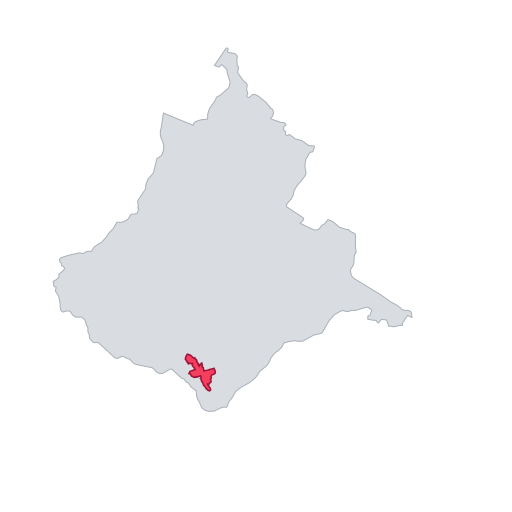 Businga, Équateur, Democratic Republic of the Congo shown in context, rotated 212°
{"feature_id": "63176286B10859728267394", "entity_name": "Businga", "entity_type": "district", "adm_level": 2, "iso_a3": "COD", "parent_name": "Democratic Republic of the Congo", "parent_adm1": "Équateur", "projection": "orthographic", "projection_center": [21.02, 3.443], "detail": "fine", "context": "in_parent", "style": "filled", "palette": "rose", "viewbox_px": 512, "rotation_deg": 212, "n_neighbors": 0, "source": "geoboundaries", "source_scale": "gbopen_adm2", "svg_char_len": 8469}
<svg xmlns="http://www.w3.org/2000/svg" viewBox="0 0 512 512"><g transform="rotate(212 256 256)"><path d="M410.3,328.2L378.6,333.5L379.2,335.2L378.9,337.1L378.0,338.6L374.7,342.5L369.9,346.1L369.9,347.0L372.2,350.9L373.6,356.4L373.0,366.0L373.5,368.6L373.4,370.6L371.7,372.8L368.2,384.4L370.2,389.9L376.3,395.0L379.8,398.8L385.9,400.1L386.8,399.9L387.3,396.7L392.2,395.5L391.5,415.8L391.1,416.9L390.2,417.2L389.1,416.6L388.8,414.6L387.5,413.8L381.5,416.4L380.0,416.3L378.4,415.9L377.2,414.9L376.9,413.3L372.9,407.5L370.9,407.1L368.7,401.7L359.4,397.9L355.8,397.6L354.0,396.4L352.2,392.2L349.1,389.5L348.5,386.5L347.9,386.1L345.9,386.7L344.2,391.5L342.0,392.6L338.2,392.8L328.5,391.5L321.6,389.0L319.8,389.2L317.1,387.0L316.0,383.4L316.7,380.5L316.2,380.1L305.5,382.5L303.0,384.0L300.6,383.6L299.9,382.9L300.9,380.9L300.4,378.8L299.7,377.8L296.5,377.0L295.6,374.8L293.7,374.4L293.0,374.8L292.5,376.3L291.4,376.8L285.0,376.1L278.4,378.1L269.6,377.6L265.4,380.0L264.8,380.0L263.9,378.7L263.1,374.9L263.5,373.8L264.8,373.0L265.3,371.5L264.9,367.4L265.2,366.5L264.8,364.1L263.4,360.4L261.6,357.4L257.6,352.9L256.9,350.7L257.2,345.6L258.5,337.6L258.3,331.5L256.7,327.6L256.4,323.4L257.4,315.8L256.4,314.0L236.1,313.4L235.2,312.8L234.9,311.7L235.8,307.2L223.4,308.4L219.7,309.2L217.4,311.1L216.7,313.4L216.6,316.7L214.8,319.8L214.2,325.1L210.8,325.7L207.4,325.7L200.8,324.6L194.4,326.1L191.3,327.5L189.6,326.8L183.9,327.3L183.1,326.9L176.5,316.4L173.5,312.9L172.9,311.2L173.1,309.5L172.3,307.3L169.2,301.9L168.6,299.4L168.7,295.4L168.4,294.1L165.6,290.7L163.7,289.5L161.7,288.9L128.7,289.2L117.7,288.5L109.8,288.9L105.8,288.5L104.7,288.0L101.0,288.7L99.1,290.1L96.3,290.9L94.5,290.5L91.1,286.6L95.7,285.9L96.0,285.5L96.2,276.1L95.0,274.8L97.5,273.2L101.4,269.1L105.3,267.6L105.8,266.8L106.7,266.8L108.1,268.6L111.5,270.9L115.7,268.9L116.1,268.4L116.6,264.3L117.7,264.0L119.5,264.9L120.5,264.9L122.3,263.7L127.7,261.7L129.3,264.3L127.9,266.7L128.5,268.3L128.7,270.9L129.6,271.5L133.8,271.8L135.0,271.2L143.4,262.0L145.6,260.9L149.1,257.2L153.8,255.6L155.8,252.7L158.5,247.5L159.7,240.0L159.2,226.9L159.6,225.2L165.3,219.3L171.1,208.7L175.1,205.9L178.1,204.8L182.7,200.9L186.3,197.0L185.8,192.3L186.7,188.4L188.7,183.4L189.3,178.1L188.6,172.5L188.9,168.0L191.6,160.7L191.9,152.4L194.3,145.4L199.2,136.5L201.5,129.9L201.1,123.4L201.7,118.6L201.5,115.8L200.6,113.3L201.1,111.8L202.9,111.1L205.2,108.7L209.3,102.3L213.8,99.2L216.9,98.2L220.1,98.3L222.2,98.9L225.6,101.4L229.4,103.4L232.3,105.9L235.2,109.8L242.1,110.6L245.1,112.1L246.9,112.6L247.5,112.2L249.0,112.4L252.2,113.6L254.8,112.9L267.6,115.5L269.1,114.2L272.6,107.5L275.3,105.2L279.6,105.0L283.1,106.2L284.9,106.2L300.5,100.4L302.5,100.1L308.2,101.5L311.9,100.6L313.4,100.8L316.6,99.8L319.2,95.8L321.4,94.8L343.8,99.0L347.2,96.9L348.8,96.6L353.8,98.1L355.4,100.6L358.4,102.7L360.6,106.2L363.9,108.1L365.6,110.0L367.6,111.3L371.6,111.7L376.8,108.5L380.4,108.8L384.1,110.5L385.4,110.4L388.1,108.5L389.5,106.5L390.9,106.1L393.1,106.9L394.9,108.8L396.5,111.4L402.1,117.4L407.5,119.9L408.9,123.6L410.8,123.2L411.8,123.5L413.2,125.9L414.2,126.3L414.4,127.3L413.1,129.5L411.9,133.7L413.6,136.3L412.2,140.0L411.5,143.9L413.3,144.9L415.5,144.8L417.6,146.8L419.2,147.1L420.9,149.2L420.6,151.0L415.3,157.3L407.3,165.2L404.6,166.1L403.2,167.6L402.3,169.8L399.9,171.8L398.1,172.6L398.0,178.1L395.3,184.0L394.3,185.1L392.8,194.6L393.1,196.2L391.6,203.9L391.8,211.0L387.9,213.3L385.2,216.8L384.1,219.3L384.1,225.1L379.6,228.7L379.3,229.5L380.4,233.6L382.0,234.2L382.0,235.6L385.6,240.0L385.2,253.5L385.4,254.8L387.2,258.0L388.4,264.1L387.0,271.8L391.6,286.0L389.4,291.2L390.3,296.2L393.1,301.4L399.8,306.4L401.6,308.5L403.3,311.3L404.8,315.7L410.3,328.2Z" fill="#d9dde1" stroke="#a8b0b8" stroke-width="1"/><path d="M224.1,116.8L224.0,117.0L223.9,117.1L223.8,117.5L223.6,117.9L223.5,118.2L223.6,118.4L223.6,118.5L224.4,119.3L225.2,119.9L225.4,120.0L225.9,120.1L226.5,120.4L227.2,120.6L227.3,120.7L227.4,120.9L227.5,120.9L227.9,121.1L228.0,121.2L228.4,121.2L228.9,121.3L229.0,121.4L229.2,121.6L229.3,121.8L228.8,122.0L227.9,122.5L227.9,122.9L227.8,123.1L227.9,123.3L227.8,123.5L227.8,123.9L228.1,124.1L227.7,124.9L227.5,125.1L227.4,125.4L227.4,125.5L227.5,125.7L227.7,126.0L227.9,126.2L228.6,126.7L229.1,127.0L229.3,127.2L229.4,127.3L229.4,127.6L229.1,128.1L229.1,128.3L229.2,128.6L229.3,128.8L229.4,129.1L229.8,129.4L230.2,129.7L230.4,130.0L230.3,130.7L230.5,131.2L230.4,131.8L230.4,132.0L229.8,132.5L229.5,132.8L229.4,132.9L229.3,133.2L228.9,133.8L228.6,134.5L228.5,134.8L228.6,135.1L228.9,135.4L229.0,135.7L229.1,136.0L229.3,136.6L229.5,136.7L230.0,137.0L230.3,137.3L231.1,137.9L231.3,138.0L231.9,138.3L232.1,138.5L232.3,138.3L232.6,137.9L234.0,136.4L235.1,135.3L235.8,134.5L236.4,133.7L236.7,133.3L237.7,132.4L238.2,132.0L238.4,131.8L238.5,131.7L238.8,131.6L238.8,131.3L238.9,131.2L239.0,131.3L239.2,131.1L239.3,131.0L239.5,131.0L239.6,131.3L239.8,131.4L239.9,131.7L240.1,131.9L240.3,132.1L240.9,132.4L241.0,132.6L241.3,133.1L241.6,133.3L241.7,133.5L241.9,133.6L242.0,133.6L242.3,133.4L242.5,133.3L243.5,134.2L243.6,134.3L243.6,134.5L243.6,135.0L245.2,136.5L245.4,136.6L245.5,136.5L245.6,134.6L245.6,134.0L245.8,133.6L245.8,132.8L245.8,132.4L246.0,132.5L246.3,132.7L246.5,132.8L246.6,133.0L247.1,133.2L247.1,133.3L247.2,133.2L247.3,133.4L247.5,133.4L247.7,133.6L247.8,133.7L247.9,133.9L248.0,134.1L248.3,134.0L248.5,134.3L248.7,134.5L248.8,134.5L249.0,134.5L249.3,134.8L249.7,135.0L249.9,134.9L250.0,134.9L250.0,135.1L250.5,135.3L250.4,135.4L250.5,135.6L250.7,135.8L250.8,135.8L251.1,136.2L251.3,136.1L251.5,136.2L251.6,136.4L251.8,136.4L252.0,136.5L252.3,136.5L252.6,136.6L252.8,136.6L253.0,136.7L253.2,136.8L253.5,136.7L253.6,136.8L253.6,136.7L253.8,136.8L253.8,136.7L254.0,136.6L254.3,136.6L254.6,136.7L254.8,136.7L255.0,136.6L255.5,136.6L255.9,136.4L255.9,136.5L256.5,136.6L257.0,136.8L257.3,136.9L257.5,136.9L257.6,137.0L257.8,137.0L258.1,137.1L258.4,137.0L258.6,137.0L258.9,137.0L259.2,137.0L259.4,137.1L259.5,137.0L259.7,136.9L260.0,137.0L260.1,136.9L260.2,137.0L260.3,137.0L260.8,136.8L261.0,136.7L261.3,136.6L261.5,136.5L261.6,136.4L261.8,136.5L262.2,136.2L262.3,136.2L262.3,135.7L262.2,135.3L262.2,135.0L262.2,134.7L262.2,134.4L262.1,133.8L262.1,133.5L262.1,133.3L262.1,133.0L262.0,132.9L261.9,132.6L261.7,132.1L261.4,131.5L261.2,131.3L261.2,131.0L261.0,130.9L260.9,130.8L260.6,130.9L260.4,130.8L260.2,130.7L259.8,130.6L259.7,130.5L259.5,130.2L259.4,130.1L259.1,130.1L258.8,130.1L258.4,129.6L258.2,129.5L257.8,129.6L257.4,129.8L257.2,129.8L257.1,129.7L256.8,129.4L256.6,128.7L256.3,128.6L256.1,128.6L255.4,129.7L255.3,129.9L255.0,130.0L254.6,130.0L254.4,130.2L254.2,130.4L254.2,130.5L253.9,130.6L253.5,130.7L253.1,131.1L252.9,131.2L252.7,130.5L252.5,130.3L252.4,129.7L252.2,129.5L251.0,129.0L249.1,128.4L247.9,127.8L247.6,127.6L247.4,127.3L247.4,127.2L247.5,127.2L247.8,127.3L248.1,127.1L248.3,126.6L248.5,126.5L248.7,126.1L248.8,125.5L249.0,125.3L249.3,124.9L249.5,124.7L250.2,124.1L250.3,123.9L250.5,123.7L250.6,123.3L250.9,123.0L250.7,122.7L250.6,122.4L250.6,122.1L250.6,121.7L250.4,121.5L250.4,121.3L250.5,121.0L250.9,120.7L251.0,120.5L251.1,120.4L249.9,120.9L249.2,121.0L248.7,121.0L248.3,120.7L248.2,120.7L247.8,120.3L247.2,120.0L246.7,120.0L245.9,120.1L245.7,120.3L245.5,120.2L245.2,120.2L244.9,120.2L244.7,120.1L244.3,120.2L244.0,120.3L243.9,120.3L243.7,120.5L243.4,120.8L243.5,120.9L243.5,121.0L243.4,121.0L243.2,121.1L243.1,121.4L243.3,121.5L243.2,121.6L242.9,121.5L242.7,121.5L242.4,121.7L242.3,121.8L242.2,121.9L242.2,122.0L242.0,121.9L241.9,122.0L241.7,122.1L241.6,122.4L241.6,122.5L241.4,122.7L241.3,122.8L241.2,123.1L241.1,123.3L240.8,123.5L240.7,123.5L240.6,123.8L240.3,124.1L240.1,124.2L240.0,124.4L239.8,124.6L239.9,124.8L239.8,125.0L239.6,125.1L239.3,124.9L239.2,124.8L239.0,124.7L238.8,124.3L238.7,124.2L238.3,124.0L238.0,123.7L238.0,123.1L238.1,122.9L237.7,122.9L237.3,122.5L237.2,122.4L237.0,122.0L236.9,121.9L236.8,121.7L236.4,121.5L236.1,121.3L236.0,121.1L235.5,120.8L235.3,120.8L234.9,120.8L234.5,120.4L234.4,120.4L234.2,120.2L233.7,120.1L233.2,119.6L232.9,119.4L232.3,118.9L232.1,118.7L231.8,118.4L231.7,118.4L231.5,118.6L231.1,118.4L230.7,118.4L230.4,118.3L230.2,118.1L229.7,117.9L229.2,117.7L228.9,117.5L228.3,117.3L227.8,116.9L227.6,116.9L227.4,117.0L227.3,117.3L227.2,117.3L227.1,117.2L226.8,117.0L226.5,117.0L226.1,116.7L225.9,116.7L225.6,116.6L225.4,116.7L225.2,116.8L224.8,116.8L224.5,116.8L224.4,116.8L224.2,116.8L224.1,116.8Z" fill="#f43f5e" stroke="#9f1239" stroke-width="1.5"/></g></svg>